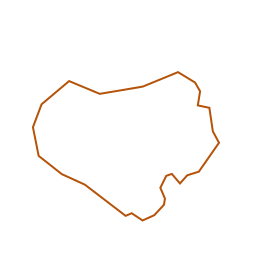 the Metropolitan Borough of Rotherham, rotated 308°
{"feature_id": "GBR-5686", "entity_name": "Rotherham", "entity_type": "Metropolitan Borough", "adm_level": 1, "iso_a3": "GBR", "parent_name": "United Kingdom", "parent_adm1": "", "projection": "orthographic", "projection_center": [-1.276, 53.384], "detail": "fine", "context": "isolated", "style": "outline", "palette": "amber", "viewbox_px": 256, "rotation_deg": 308, "n_neighbors": 0, "source": "natural_earth", "source_scale": "10m", "svg_char_len": 485}
<svg xmlns="http://www.w3.org/2000/svg" viewBox="0 0 256 256"><g transform="rotate(308 128 128)"><path d="M89.6,203.6L75.5,202.4L64.1,196.4L63.1,183.4L57.3,180.2L56.8,128.9L50.9,104.3L51.0,74.8L70.1,52.6L93.5,45.3L128.7,52.7L137.5,84.7L169.8,114.2L202.8,133.0L205.1,152.9L201.3,162.2L188.8,169.1L194.0,179.7L177.6,196.9L172.4,208.8L137.2,210.7L127.2,203.8L116.3,203.1L118.8,190.8L113.9,187.6L100.8,190.3L95.1,200.6L89.6,203.6Z" fill="none" stroke="#b45309" stroke-width="2"/></g></svg>